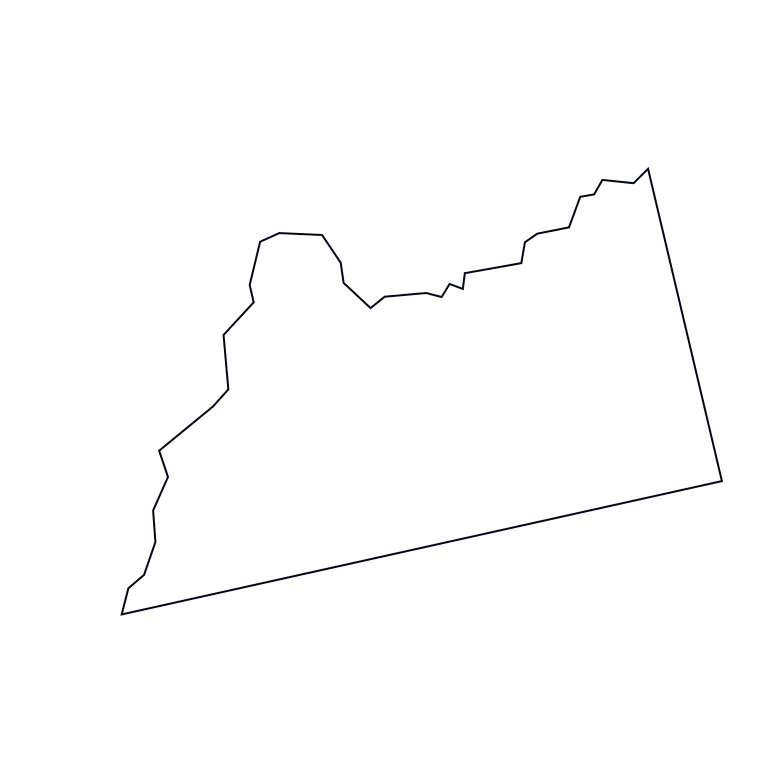 the district of Cass, Illinois, United States of America, rotated 347°
{"feature_id": "52423323B74744192559134", "entity_name": "Cass", "entity_type": "district", "adm_level": 2, "iso_a3": "USA", "parent_name": "United States of America", "parent_adm1": "Illinois", "projection": "orthographic", "projection_center": [-90.285, 39.999], "detail": "fine", "context": "isolated", "style": "outline", "palette": "ink", "viewbox_px": 768, "rotation_deg": 347, "n_neighbors": 0, "source": "geoboundaries", "source_scale": "gbopen_adm2", "svg_char_len": 596}
<svg xmlns="http://www.w3.org/2000/svg" viewBox="0 0 768 768"><g transform="rotate(347 384 384)"><path d="M149.9,398.4L152.6,426.0L130.6,455.3L125.7,486.6L107.3,516.0L89.0,525.5L76.6,549.5L691.4,554.6L691.2,515.1L689.7,233.7L672.4,244.5L642.7,234.3L631.4,246.5L617.3,245.8L599.5,273.0L567.2,272.0L553.2,277.6L545.0,297.1L487.7,294.2L482.2,309.1L470.4,301.3L459.7,312.2L445.5,304.8L404.3,299.1L388.0,307.0L367.4,276.4L369.1,256.1L357.2,224.9L315.9,213.4L295.3,217.5L275.4,257.3L275.4,275.1L238.7,300.1L231.1,354.2L212.4,367.4L149.9,398.4Z" fill="none" stroke="#020617" stroke-width="2"/></g></svg>